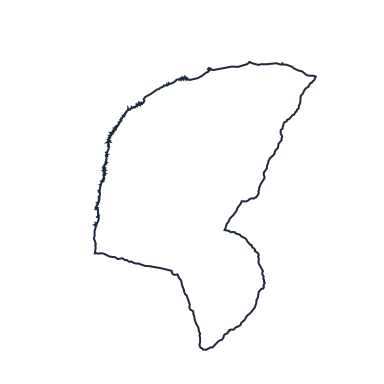 Santa Catarina Do Fogo, Santa Catarina do Fogo, Cabo Verde (Mercator projection), rotated 196°
{"feature_id": "66160863B71170562423195", "entity_name": "Santa Catarina Do Fogo", "entity_type": "district", "adm_level": 2, "iso_a3": "CPV", "parent_name": "Cabo Verde", "parent_adm1": "Santa Catarina do Fogo", "projection": "mercator", "projection_center": [-24.327, 14.901], "detail": "fine", "context": "isolated", "style": "outline", "palette": "slate", "viewbox_px": 384, "rotation_deg": 196, "n_neighbors": 0, "source": "geoboundaries", "source_scale": "gbopen_adm2", "svg_char_len": 6102}
<svg xmlns="http://www.w3.org/2000/svg" viewBox="0 0 384 384"><g transform="rotate(196 192 192)"><path d="M104.8,337.1L107.5,337.2L111.5,336.1L114.1,336.0L119.4,338.3L123.7,338.1L128.5,339.0L130.5,340.0L136.3,340.4L140.3,339.5L140.6,340.4L141.7,339.0L146.4,339.0L156.5,335.0L160.5,334.0L163.1,332.5L170.5,332.3L171.8,333.0L173.0,332.5L173.0,331.8L174.3,330.1L182.2,325.0L188.4,323.5L204.9,315.2L207.3,314.9L207.4,315.4L208.1,315.7L208.6,314.7L209.0,315.5L209.9,315.8L210.3,314.8L211.1,315.1L210.3,314.2L209.4,314.7L209.0,314.3L208.8,313.7L209.4,312.2L211.6,310.3L214.2,306.6L217.9,303.0L224.6,299.3L227.2,298.8L227.9,300.1L228.6,300.2L228.7,299.6L229.2,300.7L229.3,299.3L230.0,300.1L230.1,299.3L230.7,299.9L230.8,299.0L231.3,299.0L231.4,299.7L231.9,298.7L232.3,299.5L231.9,298.4L233.1,299.3L233.2,297.9L233.9,298.0L233.7,296.8L234.4,297.1L234.3,296.6L235.3,296.3L235.8,296.7L238.0,295.5L238.1,294.7L240.3,291.8L243.5,289.5L244.1,289.9L244.0,288.9L245.0,288.0L245.7,288.6L245.7,287.4L248.3,286.7L248.4,285.6L251.4,283.1L252.4,281.6L253.8,280.9L258.6,274.9L263.1,270.5L264.0,268.0L264.6,268.2L263.1,266.9L263.0,266.2L263.4,264.3L264.2,263.7L264.9,263.9L264.6,262.9L265.4,263.0L265.2,262.5L265.6,262.4L266.8,263.0L266.4,262.0L267.0,262.4L266.8,261.7L267.4,261.9L267.2,261.2L267.6,261.2L267.8,260.5L268.4,260.1L268.7,260.4L268.6,259.7L269.2,260.0L269.0,259.4L270.1,258.1L270.7,258.8L270.1,257.7L270.6,257.5L271.5,258.4L271.1,257.2L272.5,256.6L273.2,257.0L273.2,256.0L273.6,256.1L274.3,254.0L275.5,253.6L276.4,254.6L276.1,253.0L277.3,251.5L277.0,250.8L278.0,249.1L277.7,248.5L278.0,246.9L279.3,247.7L278.5,246.4L279.2,246.1L278.6,245.6L279.4,244.9L279.5,243.7L280.2,243.5L279.9,242.7L280.7,241.7L280.0,241.2L280.5,241.0L280.2,239.8L280.8,238.8L281.7,238.8L281.7,238.4L280.9,238.1L281.4,235.5L281.8,235.5L282.0,234.4L283.0,234.6L283.4,234.0L282.5,233.4L283.4,232.7L282.6,232.4L282.6,231.8L283.4,231.6L282.5,231.3L282.6,230.8L284.4,229.8L283.8,229.2L284.4,228.9L284.1,228.0L284.9,228.1L284.7,226.8L285.6,226.7L285.0,226.1L286.1,226.0L285.2,225.5L285.7,224.9L285.3,224.2L286.3,223.8L286.0,223.0L287.0,223.0L285.9,221.6L287.0,221.1L286.4,219.9L287.1,219.3L285.2,218.6L286.2,217.8L285.4,217.5L286.5,217.3L287.3,216.3L286.4,216.6L285.5,215.4L285.7,214.7L285.1,214.4L285.3,213.5L284.7,213.5L284.3,212.7L284.7,212.5L284.3,212.3L284.1,210.4L284.5,206.9L285.4,206.3L284.1,205.0L284.8,204.5L284.0,204.6L284.5,204.1L284.0,203.8L284.5,203.4L283.8,203.0L284.4,202.7L283.2,200.4L283.5,199.0L282.9,198.3L283.3,197.3L282.7,196.9L283.4,196.7L282.6,196.6L283.2,196.2L283.2,195.4L282.6,195.6L282.4,195.1L283.7,193.6L283.8,193.0L283.1,192.1L283.7,192.3L284.1,191.6L283.2,191.6L283.3,190.9L282.7,190.9L283.5,189.9L282.3,189.5L282.8,189.4L282.4,189.0L282.8,188.6L282.0,188.7L282.2,187.8L281.5,188.2L282.1,187.4L281.3,187.5L281.2,186.8L281.9,186.5L281.4,186.5L281.5,185.5L281.0,185.5L281.8,185.0L281.8,184.3L281.2,184.5L280.6,184.1L281.5,183.2L280.1,181.1L280.2,180.0L280.9,180.0L280.3,179.0L281.2,178.4L280.4,177.7L281.9,177.2L281.5,176.9L281.8,176.7L281.5,175.6L281.8,174.8L282.3,174.9L281.7,174.4L282.3,173.7L281.7,173.6L281.5,172.7L281.7,171.3L281.2,168.6L281.7,168.0L281.3,168.0L280.9,167.0L281.5,166.4L280.2,165.7L279.6,163.2L280.3,161.6L279.6,161.2L279.9,160.7L279.3,160.3L279.4,158.7L278.9,158.6L278.9,157.0L280.0,155.8L279.0,155.8L279.0,154.3L279.7,153.7L280.2,151.0L279.6,151.3L279.7,150.7L279.0,150.6L279.4,149.8L278.5,150.2L278.8,149.3L278.0,149.6L277.3,148.7L276.7,145.8L275.8,145.0L276.0,144.0L275.4,143.5L275.8,142.8L275.2,142.9L275.5,142.3L275.0,142.5L274.9,142.0L275.3,141.7L274.6,141.5L274.3,140.8L274.2,138.2L274.8,135.3L275.3,135.4L275.1,134.7L275.7,135.0L275.3,134.1L275.5,134.3L276.1,134.4L275.7,134.3L276.4,133.7L275.1,133.7L275.0,132.8L276.1,132.3L275.3,132.4L274.8,131.7L274.9,127.5L273.5,123.0L273.5,120.1L271.5,117.8L270.0,114.9L270.3,114.3L269.2,111.8L268.5,106.2L267.3,106.8L265.5,106.8L262.7,108.0L259.8,108.4L253.3,107.2L247.9,108.1L244.9,107.1L240.5,109.1L237.6,108.0L235.9,108.7L233.8,107.7L232.2,107.8L231.4,108.5L228.1,107.7L225.5,107.9L224.0,108.5L216.6,108.0L212.9,108.9L200.7,110.2L189.9,110.6L188.9,108.7L187.3,107.7L185.9,107.5L183.2,108.8L180.9,105.8L178.2,104.1L175.5,99.1L172.6,95.4L172.4,94.4L170.3,91.7L169.0,91.4L167.9,90.1L163.2,83.3L162.5,79.8L161.1,78.4L158.3,77.8L157.5,76.7L157.0,74.8L156.0,73.9L154.4,70.4L152.0,66.9L148.6,63.5L146.7,59.7L145.1,58.0L145.3,56.2L144.1,54.2L142.8,50.0L142.7,47.0L140.9,44.7L138.8,44.3L137.8,43.6L134.7,44.3L131.5,47.7L129.4,48.3L126.0,54.9L124.5,57.0L122.6,58.0L121.6,60.7L121.8,62.8L121.3,64.1L118.8,66.2L118.9,67.3L117.6,68.8L118.0,69.6L116.1,70.7L114.2,71.1L113.4,72.0L113.3,73.1L111.7,74.8L110.7,75.2L108.6,77.6L108.6,79.7L106.1,83.6L105.2,87.8L102.5,91.8L99.8,98.2L99.6,103.3L100.2,105.4L99.6,108.9L100.3,114.1L98.9,117.5L98.3,118.3L97.1,118.6L96.7,119.6L96.7,120.4L97.5,121.6L97.0,124.8L97.8,125.1L98.6,127.5L99.5,128.1L99.9,130.7L101.8,132.3L102.3,134.4L102.0,135.5L108.4,141.9L109.6,146.8L110.8,148.3L110.4,149.6L110.9,150.7L112.4,151.7L115.2,152.5L115.3,153.7L116.1,154.4L119.0,155.7L120.1,157.4L121.3,157.2L125.1,159.7L126.9,161.6L128.3,162.2L132.7,163.0L134.4,164.2L138.6,164.2L139.4,165.0L141.4,165.0L143.7,164.0L145.6,164.8L150.2,164.4L149.8,166.7L149.9,170.5L148.6,173.5L148.3,176.9L145.8,181.4L144.1,186.2L143.8,189.7L142.1,193.6L141.7,196.8L137.5,197.8L135.5,199.4L134.7,201.2L132.8,202.4L130.7,202.7L130.0,203.9L128.8,204.7L127.7,207.7L127.5,209.4L128.4,211.2L128.1,212.4L128.6,214.4L128.1,218.8L126.2,225.0L126.5,226.7L127.7,228.1L128.3,230.5L126.5,235.5L127.2,237.6L126.7,241.2L127.1,242.9L126.5,244.4L126.6,245.6L124.0,249.7L123.1,252.1L123.6,253.0L123.0,255.7L121.5,258.1L122.1,262.1L120.2,266.6L120.7,268.1L120.5,269.7L121.2,271.1L122.7,272.2L123.7,275.4L123.7,276.2L122.4,278.0L122.8,280.1L122.6,284.2L120.4,286.3L120.4,287.8L119.1,288.5L118.0,290.2L116.5,293.7L115.2,294.5L114.6,297.3L113.7,298.2L113.9,299.8L112.5,301.7L113.0,304.3L112.5,307.4L114.0,314.3L112.5,317.3L112.2,320.3L111.2,322.9L109.3,325.0L108.3,329.0L106.9,330.2L106.8,331.1L105.4,333.1L104.8,337.1Z" fill="none" stroke="#1e293b" stroke-width="2"/></g></svg>